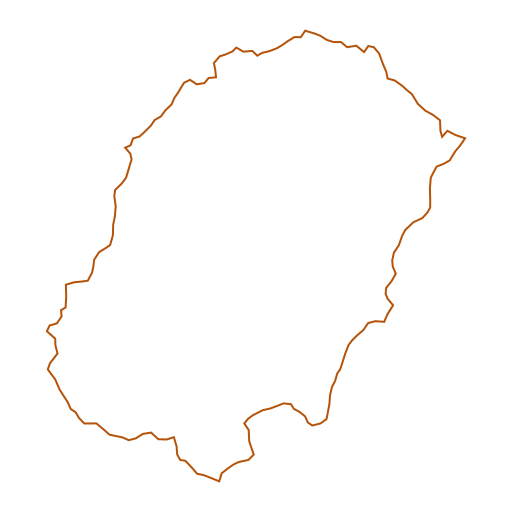 outline of Pariquera-Açu, São Paulo, Brazil
{"feature_id": "56859067B89497836520206", "entity_name": "Pariquera-Açu", "entity_type": "district", "adm_level": 2, "iso_a3": "BRA", "parent_name": "Brazil", "parent_adm1": "São Paulo", "projection": "albers", "projection_center": [-47.849, -24.682], "detail": "fine", "context": "isolated", "style": "outline", "palette": "amber", "viewbox_px": 512, "rotation_deg": 0, "n_neighbors": 0, "source": "geoboundaries", "source_scale": "gbopen_adm2", "svg_char_len": 2357}
<svg xmlns="http://www.w3.org/2000/svg" viewBox="0 0 512 512"><path d="M283.6,403.4L291.0,404.2L293.8,408.8L299.6,411.9L305.1,416.4L307.9,422.5L312.3,425.5L320.6,423.4L326.5,419.1L328.1,411.0L329.4,404.0L330.0,395.4L332.0,386.9L335.2,380.8L337.2,373.6L340.3,369.0L342.4,362.6L345.4,353.1L348.6,344.9L351.9,340.6L356.0,336.4L363.4,330.0L368.2,323.0L375.3,321.2L384.2,321.8L387.6,314.0L393.1,305.3L387.8,299.0L385.6,294.0L386.2,287.8L391.4,281.4L395.8,273.7L392.8,266.7L392.2,260.6L393.9,252.7L398.9,245.1L402.2,235.7L405.3,229.9L413.3,222.3L422.4,218.0L427.4,212.6L430.2,207.4L430.2,198.6L429.9,188.3L430.8,177.6L433.5,172.4L436.6,166.6L443.0,164.1L449.6,160.5L455.4,151.1L459.8,146.0L465.1,138.3L455.2,134.9L447.4,130.8L442.1,136.8L440.5,131.2L440.0,120.3L433.3,115.1L425.2,110.6L417.9,103.9L411.7,93.9L406.7,89.9L402.3,85.9L394.8,80.5L387.6,78.5L386.3,71.9L382.8,63.6L379.1,53.4L373.8,47.2L368.3,46.0L364.1,52.1L356.3,45.7L347.1,47.2L341.1,42.1L333.4,42.0L326.8,39.9L320.2,35.7L314.8,33.6L305.2,30.7L300.8,37.2L294.4,37.1L287.4,41.4L282.2,45.1L276.6,48.4L269.2,51.2L262.3,52.8L257.3,55.7L252.3,50.9L243.5,51.7L236.3,47.6L232.4,51.5L225.2,54.6L219.7,56.3L213.9,63.1L215.3,70.1L216.0,77.3L208.6,78.0L204.4,83.1L196.7,84.3L190.0,79.8L184.0,82.8L180.6,88.4L177.8,93.1L174.5,97.7L171.5,104.5L165.5,110.2L160.9,116.4L154.7,120.0L151.0,125.5L145.0,131.5L139.7,136.4L133.0,138.5L130.6,145.3L125.2,147.7L130.3,153.7L131.6,159.3L128.6,169.3L126.1,177.6L121.7,183.6L115.1,190.0L114.3,195.8L115.7,206.5L114.8,217.1L113.2,224.4L112.9,235.3L110.1,245.1L105.5,248.2L99.1,252.1L94.2,259.7L93.3,266.8L92.1,272.5L87.8,280.7L81.4,281.6L74.5,282.2L65.9,284.7L66.2,296.6L65.6,307.5L61.0,310.2L61.6,316.4L56.8,323.4L49.6,325.5L46.9,331.3L55.2,338.6L55.4,345.2L57.5,353.5L50.0,363.2L47.8,369.4L51.4,374.3L55.2,379.4L59.7,389.7L63.0,394.9L67.7,402.2L70.8,409.1L75.6,412.2L79.0,418.0L84.3,423.5L96.4,423.4L104.5,430.2L109.5,434.7L115.3,435.9L122.5,437.4L128.8,440.2L135.7,438.4L142.9,433.9L151.1,432.6L158.3,439.2L166.6,439.5L173.9,437.2L176.6,446.5L177.2,454.5L180.2,459.9L185.5,460.9L192.1,467.9L197.1,473.7L204.0,475.2L219.2,481.3L221.7,473.3L227.5,468.7L233.3,464.6L238.5,462.1L248.5,459.9L253.8,454.5L251.7,448.7L249.2,441.1L248.7,430.0L244.3,423.4L248.4,418.5L252.9,415.2L263.0,410.1L270.3,408.5L276.2,406.3L283.6,403.4Z" fill="none" stroke="#b45309" stroke-width="2"/></svg>